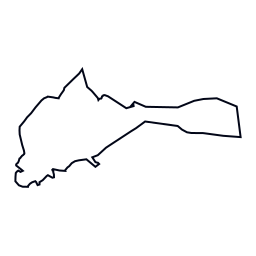 Wurno, Sokoto, Nigeria
{"feature_id": "59680162B797578221173", "entity_name": "Wurno", "entity_type": "district", "adm_level": 2, "iso_a3": "NGA", "parent_name": "Nigeria", "parent_adm1": "Sokoto", "projection": "mercator", "projection_center": [5.455, 13.242], "detail": "fine", "context": "isolated", "style": "outline", "palette": "ink", "viewbox_px": 256, "rotation_deg": 0, "n_neighbors": 0, "source": "geoboundaries", "source_scale": "gbopen_adm2", "svg_char_len": 1666}
<svg xmlns="http://www.w3.org/2000/svg" viewBox="0 0 256 256"><path d="M30.0,183.7L32.1,182.3L33.2,181.9L35.3,181.2L36.2,182.1L36.5,182.9L37.6,185.1L39.5,184.5L39.5,182.2L42.7,180.2L46.7,176.0L47.9,175.2L52.4,177.7L54.0,177.3L53.9,174.4L53.3,172.4L53.3,170.9L52.6,170.6L52.3,169.8L53.0,169.1L59.5,170.5L65.3,170.9L65.1,170.3L67.5,167.4L69.2,166.2L71.7,163.2L75.0,161.2L79.0,160.3L86.4,159.3L95.4,166.8L99.1,164.0L98.5,163.4L98.0,162.8L97.0,162.6L95.4,162.1L92.3,157.3L97.8,155.2L106.0,147.7L113.9,142.5L131.3,131.1L136.0,128.2L145.1,121.5L177.7,126.0L182.0,129.6L187.0,132.3L191.4,133.0L203.2,133.1L223.2,135.8L240.6,137.1L236.7,106.5L216.8,98.3L203.4,99.0L194.2,100.8L177.9,107.4L145.8,106.8L134.5,101.9L131.6,105.3L133.5,105.2L133.6,106.1L126.3,108.2L108.0,96.3L104.7,95.1L103.3,95.3L102.8,96.0L102.0,96.4L101.9,97.0L101.6,98.0L101.1,98.6L100.3,98.6L99.5,98.8L98.9,99.4L98.4,100.0L97.8,98.0L92.7,92.0L91.5,90.7L87.2,87.0L82.2,69.2L79.2,73.5L73.2,79.2L64.4,87.8L63.8,90.2L61.9,92.9L61.2,93.8L58.9,97.5L58.7,98.3L55.5,97.9L53.3,97.4L47.7,96.6L47.0,97.1L44.3,98.2L43.9,98.4L43.1,99.1L41.5,100.4L37.3,105.3L35.5,107.4L31.2,113.1L27.1,117.3L24.2,121.3L19.7,126.7L19.5,130.3L19.7,134.5L22.2,145.0L23.9,150.4L24.4,153.3L24.2,153.6L24.1,153.8L24.1,154.1L23.8,154.3L23.2,155.0L22.6,155.4L21.9,155.9L21.6,156.4L21.1,156.9L20.9,157.1L20.7,157.5L20.4,157.9L20.2,158.1L19.5,158.5L19.4,158.8L18.8,160.9L18.0,162.7L17.1,163.4L16.6,163.9L16.3,164.2L16.1,164.9L16.2,165.5L21.5,169.7L22.8,170.8L20.5,171.9L18.3,170.6L16.9,171.6L15.8,173.0L15.5,176.7L15.4,180.9L15.4,181.3L18.9,185.3L22.6,186.7L28.0,186.8L28.1,185.9L30.0,183.7Z" fill="none" stroke="#020617" stroke-width="2"/></svg>